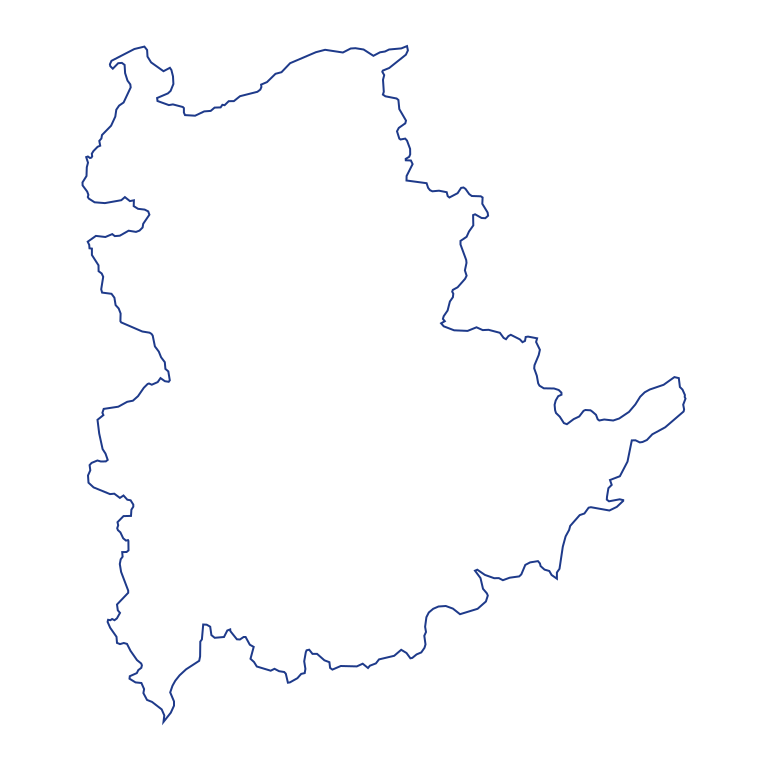 the State of Shan
{"feature_id": "MMR-3277", "entity_name": "Shan", "entity_type": "State", "adm_level": 1, "iso_a3": "MMR", "parent_name": "Myanmar", "parent_adm1": "", "projection": "robinson", "projection_center": [97.631, 21.717], "detail": "fine", "context": "isolated", "style": "outline", "palette": "blue", "viewbox_px": 768, "rotation_deg": 0, "n_neighbors": 0, "source": "natural_earth", "source_scale": "10m", "svg_char_len": 6035}
<svg xmlns="http://www.w3.org/2000/svg" viewBox="0 0 768 768"><path d="M544.5,569.6L540.6,566.1L539.9,563.4L537.9,561.1L530.1,562.4L525.3,564.9L521.3,574.4L519.2,576.4L509.7,577.7L502.9,580.2L498.8,578.1L494.2,578.2L484.9,574.9L477.3,569.7L475.0,570.7L480.5,578.1L483.0,588.8L486.9,593.4L487.8,595.6L485.9,601.5L477.6,608.8L460.0,614.2L452.9,608.6L445.8,606.0L438.5,606.5L433.2,608.8L428.8,612.5L426.4,617.2L425.1,626.8L426.0,632.0L424.3,635.8L425.5,644.4L424.5,647.8L421.3,652.4L416.6,654.4L412.3,657.9L410.4,658.3L406.5,653.0L401.2,649.8L394.2,655.8L379.0,659.4L375.9,663.4L369.9,665.7L368.0,668.0L362.7,663.7L356.8,666.4L340.8,666.0L332.4,669.6L330.1,667.9L329.4,662.2L324.4,660.3L317.1,653.9L312.5,653.9L309.2,649.7L306.6,650.3L305.8,652.2L304.2,661.3L305.4,668.9L304.7,673.1L301.2,673.9L297.4,678.2L289.9,682.4L287.9,682.7L285.8,673.7L284.2,672.0L279.1,671.2L274.5,668.8L270.7,670.7L256.8,666.5L254.0,662.0L250.5,658.8L253.7,646.9L249.8,644.7L245.6,637.0L243.6,637.0L239.9,639.5L236.9,639.3L230.4,631.2L230.2,629.4L227.3,630.5L224.0,637.0L214.7,637.8L211.4,635.1L210.2,626.7L206.7,624.7L203.2,624.5L201.9,639.4L200.3,641.6L200.1,656.4L199.2,660.8L186.1,669.3L179.6,675.3L175.3,680.7L172.5,685.7L170.2,692.4L174.0,701.4L174.0,705.7L170.8,712.7L163.5,721.9L164.3,715.4L161.7,709.4L152.0,701.9L147.0,699.9L143.4,693.1L144.1,689.1L141.4,683.0L135.5,682.4L129.5,678.7L129.8,676.2L136.8,673.1L138.3,670.1L141.3,667.8L141.9,665.3L141.2,663.5L137.0,660.1L130.5,650.8L127.0,643.9L123.8,643.0L120.0,644.1L117.0,642.9L116.5,636.8L110.2,627.8L107.6,621.9L108.1,619.8L110.4,620.2L112.1,619.0L114.5,620.2L116.9,618.4L120.0,612.9L117.8,610.3L117.0,604.5L128.2,592.8L128.2,590.6L121.1,571.9L119.8,564.0L120.7,559.3L122.6,556.7L122.2,552.1L126.6,552.0L128.5,550.4L128.4,540.9L128.0,540.1L126.0,540.6L123.2,538.3L120.4,532.4L117.9,530.1L117.2,528.2L118.2,525.3L117.5,522.2L123.5,516.1L131.0,515.9L131.4,509.7L133.3,506.7L133.3,504.6L130.6,500.3L127.3,499.7L123.5,495.5L119.9,497.9L114.3,493.7L110.0,494.1L93.6,487.4L88.5,482.7L88.0,475.5L90.3,470.3L89.6,465.1L91.6,462.9L97.4,460.5L100.9,461.5L105.8,461.4L107.7,459.9L105.5,453.6L102.6,449.1L99.2,433.5L97.5,419.8L103.4,415.1L102.4,412.8L103.7,408.9L118.3,406.7L127.2,401.8L132.9,400.7L138.0,396.2L143.8,387.8L147.6,384.0L149.0,383.5L151.8,384.7L157.7,382.1L160.5,378.1L164.9,381.2L168.7,381.8L169.8,380.3L168.3,371.4L165.4,368.9L164.8,362.2L161.1,357.3L158.8,351.6L154.9,346.4L152.7,335.6L151.5,333.9L149.6,332.7L142.3,331.5L121.2,322.4L120.4,321.2L120.6,313.5L118.7,308.5L115.6,305.1L114.4,297.7L111.5,293.8L102.1,292.6L101.2,289.3L103.2,276.8L101.7,273.5L98.6,271.2L98.5,265.3L91.9,255.0L91.9,248.6L89.5,248.3L89.2,244.8L87.7,241.7L95.9,235.9L105.4,237.0L112.2,234.1L114.8,236.1L119.8,235.7L128.6,230.7L136.0,231.9L139.5,230.6L142.6,227.5L143.2,223.8L149.4,214.7L148.2,211.4L144.7,209.6L138.0,208.8L133.7,206.1L133.9,200.3L129.9,201.1L124.9,197.1L121.3,200.2L104.9,203.1L94.6,202.3L88.8,198.6L87.8,197.0L88.4,194.9L87.2,191.6L82.6,185.4L82.5,182.4L86.5,176.0L86.8,167.2L88.0,162.7L86.2,157.1L87.9,156.5L90.0,158.0L91.4,157.6L92.2,156.3L91.8,153.7L93.4,151.1L97.6,146.8L100.2,145.7L99.3,140.9L101.4,138.5L102.0,135.0L111.1,125.7L115.3,116.6L116.3,109.7L119.1,105.6L123.6,102.5L130.7,87.4L130.3,84.4L127.5,80.6L125.1,73.1L124.6,64.9L121.9,62.9L118.2,63.2L112.8,68.7L110.3,66.2L109.9,64.3L111.5,60.8L134.4,49.0L144.4,46.6L147.1,50.0L147.5,56.6L151.1,62.4L163.5,71.2L169.9,67.8L171.4,70.0L173.0,76.4L173.4,84.0L170.6,90.9L167.9,93.4L157.1,98.0L157.5,101.0L168.9,105.1L172.9,104.4L182.8,107.0L183.9,108.1L183.9,112.6L185.0,115.1L195.1,115.7L204.2,111.4L210.7,110.9L214.6,107.6L220.6,107.4L222.4,104.8L224.6,105.2L228.7,101.2L233.9,101.1L240.0,96.2L257.4,91.8L260.3,89.6L261.4,87.0L261.1,84.6L267.0,82.1L275.5,73.8L281.5,72.2L290.1,63.2L315.9,52.2L325.1,49.8L342.9,52.5L350.7,48.5L355.4,48.2L363.6,49.5L373.4,55.8L380.0,52.3L385.0,51.5L389.1,49.5L401.3,48.4L407.0,46.1L407.9,50.4L405.9,54.7L389.2,68.0L382.8,70.6L382.3,71.8L384.2,75.1L383.0,79.8L383.8,91.8L382.9,94.6L385.4,96.3L396.6,98.5L398.4,100.0L399.3,109.1L406.0,120.6L405.3,123.3L398.8,127.9L397.0,131.3L399.3,138.6L400.5,139.5L405.2,138.6L407.0,140.6L410.1,148.9L410.2,154.3L409.2,156.8L405.7,158.9L405.8,160.3L410.9,160.5L412.6,164.1L406.6,176.0L406.5,180.5L426.6,183.2L428.1,187.8L430.0,190.2L432.4,191.3L439.0,190.7L446.7,192.2L447.7,196.1L449.4,197.5L457.6,193.2L461.1,187.9L463.5,187.5L465.5,188.9L469.2,194.1L471.8,196.0L480.8,196.3L482.6,197.5L482.3,203.8L487.6,212.5L488.1,215.7L485.3,218.2L481.6,218.0L475.1,214.3L473.1,215.1L473.3,225.4L469.0,231.5L466.6,236.8L460.5,240.9L460.5,244.5L466.2,260.0L466.5,262.9L464.9,270.4L466.6,275.7L465.1,278.8L457.6,287.3L452.8,289.9L452.2,291.7L453.3,293.7L452.9,297.2L449.9,301.5L447.6,310.5L443.7,316.2L442.9,318.9L444.8,321.2L441.1,323.3L443.7,326.3L454.1,330.3L467.6,330.9L476.5,327.3L482.7,330.1L488.5,329.8L499.9,332.8L503.6,337.9L506.0,339.2L508.4,336.1L510.8,334.8L519.9,339.4L522.5,342.2L525.0,340.9L525.7,337.0L528.0,336.6L537.1,338.3L536.1,342.0L539.9,349.8L538.7,355.1L534.5,365.2L534.2,368.4L536.8,375.7L538.2,383.4L539.5,385.7L543.8,388.3L554.1,388.5L558.7,390.0L561.4,392.6L561.5,394.7L558.2,396.2L555.7,400.5L554.6,404.8L555.1,410.2L556.0,413.0L559.8,416.7L563.9,423.1L566.9,424.2L573.7,419.1L579.2,416.5L583.6,410.8L585.4,410.0L590.5,410.3L592.3,411.6L596.0,414.8L597.7,419.3L599.3,420.5L604.2,419.5L613.2,420.5L619.2,418.5L629.0,411.9L635.3,404.5L640.2,396.7L644.7,392.3L649.8,389.5L663.6,384.8L674.4,377.1L678.8,378.1L679.9,387.0L682.5,389.6L684.9,395.0L684.7,397.0L685.5,398.6L683.2,404.7L684.1,409.4L683.6,411.5L665.2,427.3L652.3,434.3L646.9,440.0L642.5,442.0L639.8,442.4L635.5,440.3L631.8,440.4L627.5,461.6L619.9,476.2L610.0,480.0L611.7,484.9L608.4,488.2L607.0,496.8L606.8,499.6L609.0,501.3L619.7,499.3L623.2,500.1L623.2,500.9L616.8,506.9L609.4,510.5L590.9,507.2L588.6,507.7L584.4,513.5L579.7,515.1L570.2,525.9L569.1,530.0L565.6,536.4L562.8,546.7L559.5,568.8L556.9,572.5L556.9,578.7L551.6,575.0L549.3,571.0L544.5,569.6Z" fill="none" stroke="#1e3a8a" stroke-width="2"/></svg>